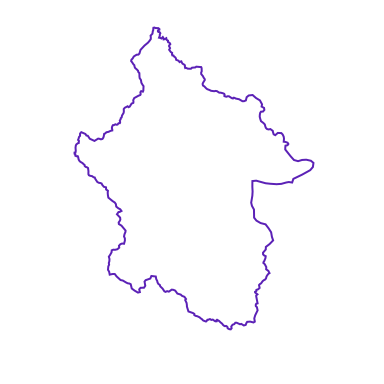 the district of Hulu Perak, Perak, Malaysia, rotated 125°
{"feature_id": "92858781B35407838405861", "entity_name": "Hulu Perak", "entity_type": "district", "adm_level": 2, "iso_a3": "MYS", "parent_name": "Malaysia", "parent_adm1": "Perak", "projection": "albers", "projection_center": [101.278, 5.451], "detail": "fine", "context": "isolated", "style": "outline", "palette": "violet", "viewbox_px": 384, "rotation_deg": 125, "n_neighbors": 0, "source": "geoboundaries", "source_scale": "gbopen_adm2", "svg_char_len": 5939}
<svg xmlns="http://www.w3.org/2000/svg" viewBox="0 0 384 384"><g transform="rotate(125 192 192)"><path d="M290.5,112.6L290.5,110.5L290.8,109.7L290.8,108.9L290.1,106.3L289.6,106.0L288.9,106.1L287.8,106.1L287.3,105.3L286.4,104.9L285.8,104.4L285.7,102.8L284.6,101.8L284.6,99.1L284.3,98.2L283.8,97.7L283.1,98.4L282.3,98.2L282.1,95.9L282.5,93.5L282.5,92.4L282.7,91.4L283.1,90.3L283.2,88.8L283.0,88.0L282.2,87.3L282.1,86.5L282.3,85.5L283.2,84.6L283.0,82.8L282.3,81.5L280.9,81.4L279.8,82.6L278.9,82.7L277.4,82.6L276.0,81.6L274.2,81.5L273.5,80.5L272.8,76.8L271.8,76.0L271.6,73.0L270.1,71.8L268.0,72.3L266.7,72.3L264.8,70.0L263.6,66.8L262.2,66.2L259.8,68.5L256.8,69.5L251.3,70.4L249.1,72.8L248.9,74.2L248.0,75.0L246.7,75.3L245.6,74.4L240.3,79.9L239.6,80.0L238.3,79.7L238.1,82.7L237.6,83.1L236.2,82.5L235.2,83.1L233.7,82.0L231.8,81.6L229.8,83.7L228.6,83.6L227.2,83.0L224.5,83.0L223.1,82.6L221.8,81.9L220.4,81.8L218.5,82.5L217.0,82.6L215.2,82.5L214.0,82.0L212.8,84.3L212.8,86.9L210.9,88.1L209.7,90.4L209.3,91.4L209.2,92.8L208.5,93.2L207.1,93.2L204.1,93.9L202.3,94.8L202.6,96.7L202.3,98.0L201.0,99.0L196.8,98.6L194.6,100.0L190.2,98.6L185.1,97.8L182.9,100.8L179.6,104.1L177.8,108.5L176.3,113.2L178.1,118.0L178.5,122.8L177.4,126.4L170.8,131.2L169.0,134.9L166.8,137.4L160.5,140.4L156.9,142.6L153.2,145.5L148.4,148.8L145.9,145.9L142.6,136.7L140.4,132.7L137.1,127.2L134.1,123.5L130.1,120.2L128.3,118.4L126.8,115.4L123.1,116.5L114.7,111.8L106.3,107.7L102.2,107.3L98.5,109.2L98.2,112.5L100.0,116.9L102.6,120.2L105.9,122.8L107.3,126.8L106.2,131.6L103.7,140.0L101.9,141.2L100.4,142.0L98.9,140.6L97.4,140.6L96.8,142.0L97.4,144.2L98.2,145.7L95.6,147.2L94.1,148.6L92.9,150.7L92.5,152.6L94.4,155.6L97.7,156.4L97.9,158.2L96.5,160.0L95.6,160.9L95.5,163.9L96.8,165.1L97.4,166.6L97.1,168.3L96.2,169.6L94.9,171.1L94.5,173.2L94.4,176.1L93.0,178.0L91.5,179.7L89.9,180.7L88.2,181.5L86.7,181.6L85.4,180.0L83.3,179.8L81.8,181.2L82.1,184.0L80.0,184.9L78.0,188.9L78.3,193.4L77.8,198.0L80.4,200.9L83.0,201.6L86.1,200.4L87.8,201.5L88.7,202.8L89.0,206.6L90.4,209.9L90.5,211.2L91.0,212.1L91.9,212.1L92.3,213.2L92.4,216.6L93.2,217.8L94.1,218.3L94.7,219.6L94.8,220.6L93.6,221.1L93.1,221.9L93.4,223.4L94.2,225.5L95.0,226.6L95.1,229.5L95.7,230.7L96.7,231.6L98.2,234.5L98.4,236.1L99.0,238.4L99.0,239.6L98.4,242.5L98.5,244.1L97.4,245.3L96.1,245.6L92.8,245.8L92.2,246.4L91.6,248.2L90.9,249.3L90.1,252.1L88.9,253.0L87.5,253.3L85.0,255.2L84.4,256.1L86.9,260.4L88.0,260.7L90.2,263.3L91.7,263.6L93.4,266.2L93.8,268.4L94.3,268.7L93.6,269.6L92.6,270.2L92.1,271.0L92.3,273.3L91.8,274.6L91.1,275.7L91.8,276.3L92.7,276.7L92.2,278.4L92.8,280.8L91.8,281.8L91.3,282.9L91.3,284.4L90.8,285.5L91.4,286.4L90.9,287.2L89.4,288.1L89.5,289.7L88.6,292.3L86.7,292.5L85.6,294.6L84.7,294.8L83.5,294.5L82.9,295.1L82.7,296.5L83.0,297.4L82.5,298.1L81.8,298.5L81.9,299.5L81.8,300.3L80.8,301.3L82.7,302.2L83.3,302.8L82.1,304.0L81.8,304.8L83.8,305.1L84.0,306.4L84.5,307.5L82.5,308.0L81.3,308.8L80.1,309.0L79.7,310.0L79.7,310.9L80.2,311.3L80.0,312.0L79.5,312.4L79.0,312.5L77.7,311.8L77.2,312.2L77.1,313.6L78.7,316.0L78.8,317.0L79.6,317.8L80.6,317.3L81.1,316.9L82.2,316.4L82.7,316.4L85.0,315.2L87.7,315.6L88.6,314.7L90.3,313.5L92.5,313.5L94.9,313.7L99.3,314.9L105.1,315.7L108.7,314.5L110.2,314.7L111.2,316.0L112.4,316.6L114.4,317.4L116.8,317.2L118.3,317.5L119.6,317.0L120.3,314.9L120.9,313.5L121.2,312.0L122.4,310.8L123.1,309.5L123.2,307.9L123.6,305.8L124.5,304.8L124.8,303.3L127.5,301.3L128.8,300.1L129.4,298.3L130.3,297.3L131.5,296.2L132.5,294.1L133.1,292.4L136.9,290.0L138.0,289.8L138.5,291.5L139.9,291.5L141.3,290.2L142.2,290.0L143.9,291.1L148.2,293.2L150.5,292.8L151.8,291.6L152.7,291.2L154.2,292.2L157.8,292.0L158.9,292.6L158.7,293.9L161.6,295.4L163.2,295.5L165.0,294.1L166.4,293.4L169.5,293.2L171.3,292.4L172.4,292.7L173.6,292.1L174.8,292.2L176.0,290.9L177.0,290.6L177.8,291.6L179.5,291.7L180.3,292.6L180.5,293.6L182.1,294.4L182.6,295.1L184.0,295.0L185.5,294.4L186.6,293.1L187.3,292.6L188.5,293.7L190.6,294.9L192.2,296.4L193.9,296.7L194.7,297.3L197.1,296.2L198.4,295.8L199.9,295.8L201.1,296.8L201.5,298.3L202.1,299.5L206.1,301.2L207.0,306.3L205.7,309.6L206.3,310.9L205.6,312.6L206.5,317.0L208.3,317.2L209.4,316.5L210.2,315.9L211.8,316.1L213.3,315.5L214.7,315.2L215.0,313.9L216.9,312.9L217.4,313.4L219.2,314.0L220.4,313.9L222.4,312.9L225.0,310.8L226.5,310.1L227.1,310.8L228.1,310.1L228.2,309.0L229.2,308.4L229.0,307.1L228.2,306.2L228.7,305.3L230.4,303.5L231.0,302.3L231.3,300.9L231.1,298.2L231.4,296.7L231.4,295.6L232.3,294.7L232.4,293.4L232.0,292.3L232.0,290.9L234.3,288.8L236.8,287.1L237.4,286.1L237.2,284.9L236.3,282.8L236.4,281.1L235.9,280.0L236.8,278.6L238.1,275.3L237.9,273.6L237.2,272.2L236.9,270.9L237.6,269.7L238.3,267.2L237.5,265.1L239.2,263.8L239.2,261.6L241.0,260.6L242.8,259.1L244.6,257.3L245.0,251.9L244.9,249.2L245.6,247.4L247.4,245.7L247.6,243.0L247.3,240.9L248.0,238.9L249.8,239.8L250.6,240.7L253.3,240.7L254.2,236.2L255.7,234.9L257.0,234.6L259.0,234.6L260.2,233.5L260.0,230.5L261.7,224.3L262.9,223.6L265.2,223.1L267.4,222.2L268.5,220.4L270.3,219.1L273.4,218.0L274.3,219.7L275.8,220.7L277.9,221.0L279.3,219.7L281.7,220.3L283.5,221.9L284.4,223.4L285.8,224.3L287.6,223.3L290.6,223.0L292.7,223.0L294.2,221.2L296.1,220.0L297.9,219.4L299.1,218.2L300.9,217.9L303.9,216.2L304.8,214.2L306.9,212.0L305.0,210.3L303.8,208.8L303.5,208.1L304.4,205.4L305.1,200.0L304.2,197.9L303.9,193.7L303.6,192.1L302.9,190.8L302.7,189.3L305.6,186.0L305.7,182.5L305.4,178.6L303.9,177.3L302.0,179.4L300.0,179.2L297.9,176.4L295.6,176.5L292.6,179.5L290.8,179.4L286.8,176.5L284.1,177.1L282.0,173.2L283.9,171.3L284.8,169.5L285.9,168.3L286.6,166.8L286.6,165.0L287.5,163.9L288.0,160.7L289.2,157.7L289.0,156.4L287.5,155.5L286.9,153.8L283.6,152.6L282.8,151.1L282.4,149.2L283.6,145.7L282.5,142.4L282.8,140.6L282.2,138.1L283.1,135.5L284.4,135.6L286.0,132.8L287.5,131.4L288.8,130.4L291.9,126.4L290.6,121.8L290.5,120.2L291.5,119.5L291.4,118.1L290.7,116.3L290.3,113.9L290.5,112.6Z" fill="none" stroke="#5b21b6" stroke-width="2"/></g></svg>